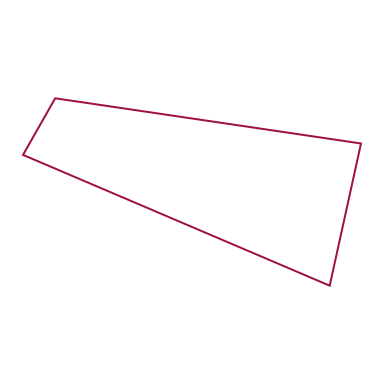 SVG path tracing the border of Anse aux Pins
{"feature_id": "SYC-5198", "entity_name": "Anse aux Pins", "entity_type": "state/province", "adm_level": 1, "iso_a3": "SYC", "parent_name": "Seychelles", "parent_adm1": "", "projection": "natural_earth1", "projection_center": [55.519, -4.683], "detail": "fine", "context": "isolated", "style": "outline", "palette": "rose", "viewbox_px": 384, "rotation_deg": 0, "n_neighbors": 0, "source": "natural_earth", "source_scale": "10m", "svg_char_len": 184}
<svg xmlns="http://www.w3.org/2000/svg" viewBox="0 0 384 384"><path d="M361.0,143.5L329.7,285.7L23.0,154.9L55.2,98.3L361.0,143.5Z" fill="none" stroke="#9f1239" stroke-width="2"/></svg>